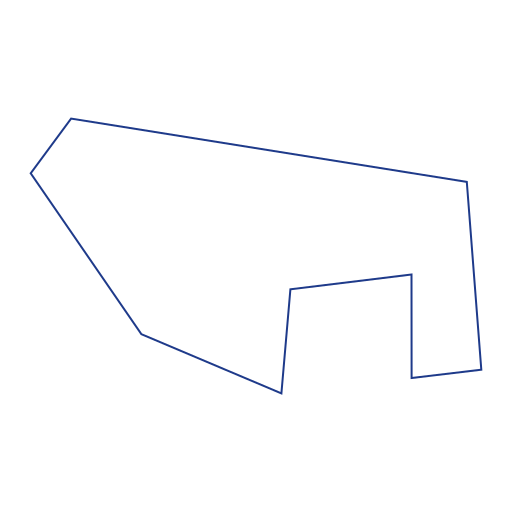 the border of Pembroke
{"feature_id": "BMU-5139", "entity_name": "Pembroke", "entity_type": "state/province", "adm_level": 1, "iso_a3": "BMU", "parent_name": "Bermuda", "parent_adm1": "", "projection": "albers", "projection_center": [-64.794, 32.299], "detail": "fine", "context": "isolated", "style": "outline", "palette": "blue", "viewbox_px": 512, "rotation_deg": 0, "n_neighbors": 0, "source": "natural_earth", "source_scale": "10m", "svg_char_len": 245}
<svg xmlns="http://www.w3.org/2000/svg" viewBox="0 0 512 512"><path d="M281.4,393.4L141.4,334.2L30.7,173.3L71.1,118.6L466.8,181.9L481.3,369.7L411.6,378.0L411.5,274.5L290.4,289.3L281.4,393.4Z" fill="none" stroke="#1e3a8a" stroke-width="2"/></svg>